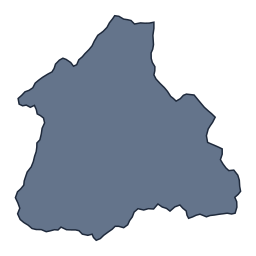 the district of Antônio Carlos, Santa Catarina, Brazil
{"feature_id": "56859067B23811775155613", "entity_name": "Antônio Carlos", "entity_type": "district", "adm_level": 2, "iso_a3": "BRA", "parent_name": "Brazil", "parent_adm1": "Santa Catarina", "projection": "mercator", "projection_center": [-48.829, -27.486], "detail": "fine", "context": "isolated", "style": "filled", "palette": "slate", "viewbox_px": 256, "rotation_deg": 0, "n_neighbors": 0, "source": "geoboundaries", "source_scale": "gbopen_adm2", "svg_char_len": 2107}
<svg xmlns="http://www.w3.org/2000/svg" viewBox="0 0 256 256"><path d="M20.2,219.5L23.8,222.5L28.2,225.2L32.0,228.5L36.1,229.5L41.3,229.6L46.2,231.7L49.6,231.0L54.5,229.7L58.0,230.0L61.0,227.1L66.5,229.7L71.4,229.9L75.5,229.9L79.0,230.7L82.3,234.1L87.8,235.3L92.1,234.2L93.5,237.5L96.2,240.3L100.3,238.6L103.7,235.3L108.2,232.0L112.1,229.3L115.1,226.3L118.6,226.3L123.7,227.7L127.7,224.8L129.6,220.6L132.3,216.9L134.1,212.1L138.0,208.7L143.7,210.0L148.3,208.7L153.6,209.0L157.9,204.0L162.2,207.0L166.5,208.4L170.0,211.1L174.8,206.9L179.9,205.0L182.8,208.2L186.2,211.0L187.0,215.2L188.6,218.3L192.6,216.9L196.2,215.2L200.0,214.2L203.3,215.5L206.4,216.8L210.1,215.5L214.5,215.0L219.4,214.2L222.8,213.8L227.2,213.2L231.6,214.0L235.1,213.2L236.9,207.2L236.7,201.7L234.8,197.3L238.2,194.3L240.6,191.3L239.7,186.5L239.3,180.2L237.8,175.2L233.8,170.1L228.8,170.6L225.9,167.9L223.0,164.0L220.4,159.7L222.2,154.2L222.2,148.9L218.7,147.2L207.6,142.4L206.4,135.7L208.2,129.0L210.3,125.6L212.6,122.3L215.2,117.2L211.5,113.6L208.6,111.2L204.3,107.3L201.1,103.5L198.1,99.9L194.1,95.0L189.8,94.5L186.4,94.1L183.4,95.3L180.3,98.7L176.1,101.1L173.4,98.5L170.7,96.4L167.4,91.3L164.5,87.8L160.0,83.4L156.0,79.0L153.9,74.9L154.8,70.8L154.9,66.7L152.3,62.4L151.2,58.4L151.1,52.9L152.7,49.2L153.5,44.7L153.2,40.1L152.9,35.4L153.9,28.4L153.9,22.2L149.3,23.1L144.9,23.2L140.5,22.9L134.5,24.0L131.0,20.5L127.6,19.7L123.6,19.1L118.9,16.3L114.7,15.7L112.6,18.8L109.5,22.7L107.0,27.4L103.1,31.4L97.8,35.3L94.3,41.1L92.1,45.8L89.0,49.6L85.0,53.6L82.3,56.8L78.8,59.8L76.7,64.7L73.5,66.2L70.7,62.5L66.1,59.4L62.9,58.2L59.4,60.1L55.5,64.1L54.1,68.5L52.0,71.9L47.8,74.1L42.6,77.3L38.4,80.4L35.2,83.1L32.8,87.8L29.1,90.3L25.0,91.8L21.7,95.3L18.1,98.5L19.1,104.1L22.6,105.8L26.3,105.1L30.3,107.3L34.4,105.4L36.3,109.6L37.2,113.9L40.4,115.6L43.5,118.0L44.6,122.9L42.1,128.3L41.3,133.9L39.9,139.8L36.9,143.0L36.8,147.0L36.2,151.6L34.6,156.3L33.3,161.7L31.2,166.9L27.2,172.0L25.5,177.0L24.2,181.0L23.8,185.1L20.6,189.0L17.5,191.8L15.4,197.7L17.8,202.7L19.8,208.2L17.6,213.8L20.2,219.5Z" fill="#64748b" stroke="#1e293b" stroke-width="1.5"/></svg>